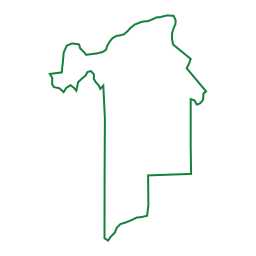 Sete de Setembro, Rio Grande do Sul, Brazil (Natural Earth projection)
{"feature_id": "56859067B16133664835156", "entity_name": "Sete de Setembro", "entity_type": "district", "adm_level": 2, "iso_a3": "BRA", "parent_name": "Brazil", "parent_adm1": "Rio Grande do Sul", "projection": "natural_earth1", "projection_center": [-54.476, -28.157], "detail": "fine", "context": "isolated", "style": "outline", "palette": "green", "viewbox_px": 256, "rotation_deg": 0, "n_neighbors": 0, "source": "geoboundaries", "source_scale": "gbopen_adm2", "svg_char_len": 1104}
<svg xmlns="http://www.w3.org/2000/svg" viewBox="0 0 256 256"><path d="M79.1,44.5L75.5,43.8L71.8,43.5L66.7,45.7L63.7,52.6L62.8,62.7L62.3,66.5L61.8,72.4L49.9,73.9L52.3,78.2L52.1,84.2L54.0,87.1L59.5,88.3L63.6,92.1L66.3,87.9L70.5,85.2L74.0,87.9L76.3,90.7L77.2,86.9L78.0,82.3L81.9,78.6L85.5,75.7L87.5,72.0L90.9,71.1L93.9,74.3L93.8,79.0L95.8,82.2L98.8,85.5L100.3,88.9L103.3,85.6L104.9,118.9L104.6,173.5L104.5,238.2L108.1,240.6L110.6,236.8L114.7,232.8L116.8,227.7L120.4,224.1L126.3,222.3L131.3,220.2L136.7,217.6L142.0,217.0L147.1,215.7L148.4,205.0L148.1,175.4L191.1,173.9L191.0,166.7L190.7,147.0L190.7,99.1L194.5,100.4L196.8,104.6L200.0,103.4L203.1,99.8L203.5,93.3L206.1,91.4L186.7,68.3L189.1,63.5L190.7,58.9L173.2,44.6L172.0,38.9L172.1,33.0L173.8,27.6L175.4,24.2L175.7,20.4L173.7,15.9L167.4,15.4L163.3,16.3L160.2,17.2L156.9,17.3L151.2,19.8L147.8,21.2L143.9,21.4L140.7,22.2L134.8,24.5L130.4,28.0L127.1,31.6L123.9,34.3L120.3,35.3L116.6,35.9L112.5,38.1L109.7,41.5L107.1,46.1L106.0,49.8L102.6,52.0L97.2,53.4L91.4,54.1L86.1,54.8L83.9,52.0L80.2,48.4L79.1,44.5Z" fill="none" stroke="#15803d" stroke-width="2"/></svg>